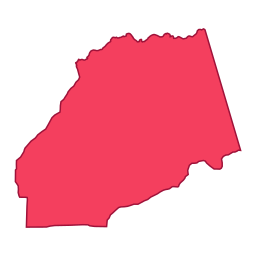 Tala, Canelones, Uruguay (Robinson projection)
{"feature_id": "84410073B98318272763816", "entity_name": "Tala", "entity_type": "district", "adm_level": 2, "iso_a3": "URY", "parent_name": "Uruguay", "parent_adm1": "Canelones", "projection": "robinson", "projection_center": [-55.755, -34.328], "detail": "fine", "context": "isolated", "style": "filled", "palette": "rose", "viewbox_px": 256, "rotation_deg": 0, "n_neighbors": 0, "source": "geoboundaries", "source_scale": "gbopen_adm2", "svg_char_len": 4897}
<svg xmlns="http://www.w3.org/2000/svg" viewBox="0 0 256 256"><path d="M240.6,150.4L205.0,29.9L204.5,29.4L203.5,28.9L201.6,29.9L200.1,29.4L198.6,29.6L197.3,30.9L196.9,32.6L196.1,33.9L194.3,35.3L192.7,36.7L191.2,36.6L189.7,36.0L188.5,36.1L187.5,36.8L186.3,38.2L183.2,38.9L181.8,38.2L180.6,37.5L178.9,36.7L178.1,36.7L177.2,37.6L175.7,38.3L173.7,38.3L173.5,37.1L173.0,36.1L172.0,35.9L171.0,36.5L170.2,36.7L170.2,35.4L169.7,34.3L168.4,33.6L167.1,33.2L166.4,33.9L165.6,33.6L164.2,34.5L163.5,35.8L162.7,36.6L161.5,36.9L159.9,36.9L158.6,36.2L157.0,35.4L155.3,34.8L154.0,34.5L152.5,34.9L151.4,35.4L150.0,36.3L149.4,37.0L149.2,37.2L148.9,37.3L148.7,37.5L148.4,37.6L148.1,38.1L148.0,38.5L147.9,38.6L147.8,38.8L147.7,38.9L147.6,39.0L147.3,39.3L147.1,39.4L146.9,39.6L146.7,39.8L145.4,40.6L145.1,40.8L145.0,41.1L144.9,41.3L144.7,41.5L144.3,41.5L144.1,41.5L143.2,41.6L142.6,41.9L142.4,41.9L142.0,41.7L141.9,41.6L141.7,41.3L141.6,40.9L141.6,40.7L141.6,40.4L141.6,40.1L141.6,39.9L141.5,39.7L141.4,39.5L141.2,39.4L140.4,39.6L140.1,39.8L139.8,40.0L139.6,40.1L139.5,40.3L139.6,40.5L139.5,40.8L139.5,41.0L139.5,41.3L139.4,41.3L139.2,41.4L139.2,41.5L138.9,41.7L138.6,41.6L138.0,41.8L137.9,41.9L137.5,41.8L137.2,41.7L137.0,41.4L136.9,41.2L136.5,40.9L136.3,40.7L135.9,40.4L135.6,40.2L135.2,40.0L134.7,39.6L134.1,39.1L133.9,38.8L133.7,38.6L133.5,38.4L133.4,38.3L133.3,38.1L133.3,37.9L133.1,37.6L133.0,37.4L132.8,37.3L132.7,37.1L132.6,36.9L132.6,36.7L132.4,36.5L132.3,36.4L132.2,36.2L131.8,35.8L131.6,35.5L131.5,35.3L131.4,35.1L131.2,35.0L130.9,34.6L130.1,33.8L129.6,33.6L129.0,33.4L128.8,33.4L128.6,33.4L128.0,33.5L127.4,33.7L126.8,33.9L126.6,34.0L126.4,34.1L126.3,34.3L126.3,34.5L126.3,34.9L126.3,35.3L126.3,35.7L126.2,35.8L126.1,36.0L125.2,36.2L124.9,36.3L124.7,36.5L123.9,36.6L123.5,36.2L123.4,36.1L123.2,36.1L122.8,36.4L122.5,36.5L122.1,36.7L121.6,37.0L121.1,37.3L120.5,37.4L120.2,37.4L119.7,37.5L119.4,37.8L119.2,37.8L118.9,37.8L118.7,37.9L117.9,38.0L117.5,37.9L117.3,37.9L117.1,37.8L116.8,37.5L116.6,37.3L116.2,37.3L115.9,37.4L115.4,37.7L115.2,37.7L114.8,37.6L114.6,37.5L114.4,37.4L114.2,37.4L113.6,37.3L113.2,37.3L112.6,37.5L112.4,37.6L112.3,37.8L112.0,38.1L111.6,38.7L111.3,39.0L111.0,39.5L110.9,39.6L110.7,39.8L110.6,40.4L110.6,40.6L110.7,41.2L110.6,41.4L110.5,41.5L110.4,41.7L110.0,41.9L109.5,42.2L109.0,42.5L108.3,42.9L108.2,43.0L107.7,43.4L107.3,43.8L107.1,44.0L106.2,44.9L105.9,45.4L105.7,45.7L104.9,46.5L104.6,46.8L103.1,47.8L103.0,48.1L102.9,48.3L102.7,48.4L102.6,48.7L102.2,49.2L102.1,49.3L101.8,49.5L101.5,49.5L100.8,49.5L100.6,49.5L100.0,49.8L99.1,50.1L98.4,50.5L97.8,50.6L97.6,50.6L97.2,50.6L96.9,50.6L96.6,50.6L96.2,50.6L95.9,50.5L95.4,50.3L94.8,50.3L94.4,50.2L94.2,50.1L93.7,50.0L93.2,50.2L92.8,50.2L92.2,50.4L91.9,50.7L91.7,50.8L91.4,50.8L91.1,50.9L91.0,51.0L90.0,52.3L89.9,52.5L89.7,52.8L89.4,53.6L89.3,53.9L89.1,54.8L89.1,55.0L88.6,55.6L88.3,56.1L88.2,56.3L87.6,56.8L87.3,57.0L87.0,57.3L86.9,57.8L87.0,57.9L87.3,57.9L87.3,58.0L87.5,58.2L87.6,58.3L87.6,58.5L87.4,58.8L86.6,59.1L86.1,59.3L85.5,59.6L85.4,59.7L84.9,60.0L84.5,60.1L84.3,60.1L83.8,60.0L83.3,59.9L83.1,59.8L82.7,59.6L82.4,59.5L82.0,59.5L81.4,59.5L80.7,59.7L80.2,60.0L79.8,60.0L79.7,59.9L79.3,59.8L79.2,59.7L79.0,59.4L78.8,59.3L78.6,59.4L78.5,59.6L78.4,59.8L78.2,60.1L78.2,60.3L78.0,60.7L77.9,60.8L77.9,61.0L77.6,61.2L77.4,61.3L77.3,61.5L77.2,61.7L77.1,61.8L77.1,62.0L76.9,62.2L76.6,62.3L76.3,62.4L76.0,62.6L75.8,62.7L75.7,62.8L75.7,63.1L75.8,63.2L75.9,63.3L76.0,63.4L76.3,63.5L76.2,63.8L76.3,64.0L76.4,64.3L76.5,64.5L76.3,64.8L76.3,65.1L76.5,65.3L76.7,65.5L76.6,66.0L76.5,66.4L76.4,66.7L77.6,69.3L78.8,73.9L79.7,77.1L78.6,79.7L75.9,82.3L73.8,86.1L70.9,88.4L68.2,91.7L67.2,94.0L65.2,97.0L63.8,99.3L61.0,101.7L60.4,105.6L60.3,109.4L60.0,112.1L57.1,113.7L54.7,115.1L52.0,117.7L50.0,121.4L48.1,124.9L45.7,129.1L42.1,131.5L37.8,134.8L35.5,137.9L31.0,141.2L26.8,146.1L25.1,148.0L24.4,149.7L23.9,151.7L20.6,157.1L16.5,160.5L16.4,164.0L16.5,168.9L15.5,170.0L15.5,172.4L15.4,181.7L16.3,182.9L18.2,185.8L18.4,189.3L18.2,192.6L19.0,195.7L19.7,197.2L25.9,197.3L27.2,197.5L27.4,199.5L27.0,206.0L26.4,227.1L46.5,227.0L50.0,226.1L54.7,225.5L70.1,225.2L82.8,224.7L87.9,224.8L89.8,225.8L94.6,226.4L106.6,226.6L107.2,220.1L109.1,218.0L110.4,214.9L113.0,212.7L115.3,210.5L118.7,207.5L120.9,206.9L124.6,206.7L127.6,206.3L130.5,205.4L133.9,204.2L138.0,204.2L144.3,200.8L147.7,199.5L150.7,197.1L157.4,193.8L160.2,191.9L163.4,190.2L165.7,189.5L167.7,189.2L169.5,188.7L172.2,186.7L173.6,186.6L177.7,186.9L178.5,186.5L179.2,184.5L180.3,182.9L183.4,180.1L184.8,178.3L185.4,176.6L188.2,174.5L187.9,172.3L187.7,170.3L189.4,165.3L191.8,163.3L194.9,163.2L196.9,162.9L198.8,161.4L203.4,160.5L205.3,161.1L206.6,163.0L209.9,165.9L214.1,169.0L217.0,169.0L219.9,169.1L221.3,168.2L222.2,166.4L222.2,162.8L221.5,158.9L223.3,156.4L225.7,155.1L228.4,154.8L232.8,152.1L235.0,152.0L236.9,151.2L238.4,150.2L240.6,150.4Z" fill="#f43f5e" stroke="#9f1239" stroke-width="1.5"/></svg>